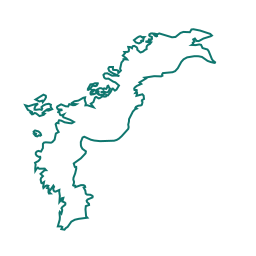 the border of Ostrobothnia, rotated 350°
{"feature_id": "FIN-3182", "entity_name": "Ostrobothnia", "entity_type": "Province", "adm_level": 1, "iso_a3": "FIN", "parent_name": "Finland", "parent_adm1": "", "projection": "natural_earth1", "projection_center": [22.043, 62.87], "detail": "fine", "context": "isolated", "style": "outline", "palette": "teal", "viewbox_px": 256, "rotation_deg": 350, "n_neighbors": 0, "source": "natural_earth", "source_scale": "10m", "svg_char_len": 5604}
<svg xmlns="http://www.w3.org/2000/svg" viewBox="0 0 256 256"><g transform="rotate(350 128 128)"><path d="M47.8,217.1L44.8,216.0L46.1,214.1L45.1,213.3L41.8,212.7L44.8,206.5L45.4,204.1L45.8,199.6L46.3,198.7L47.5,200.8L48.8,198.0L49.0,196.6L48.5,195.5L49.6,194.4L52.9,192.6L53.3,191.2L52.7,190.3L50.6,189.0L52.2,185.6L50.6,185.7L48.8,188.0L47.6,189.0L49.1,183.0L49.2,178.5L49.6,177.1L45.6,178.1L44.5,177.7L43.9,176.7L43.8,175.5L44.1,174.2L45.0,173.1L44.5,171.8L39.6,176.7L39.4,177.7L40.4,179.0L38.8,178.8L38.5,177.4L39.4,173.7L37.9,173.1L39.5,171.1L38.2,170.5L36.8,170.8L34.3,172.4L34.2,171.2L35.9,166.6L33.7,167.5L33.1,167.0L33.0,163.6L33.7,162.2L35.9,160.6L33.9,158.0L38.5,155.1L40.0,155.3L38.9,153.5L33.5,152.7L32.4,151.4L30.7,152.4L29.3,154.0L29.6,151.7L30.7,147.9L30.4,146.1L33.9,145.0L35.7,143.6L36.5,142.2L36.5,141.1L35.0,140.9L33.2,139.3L32.6,137.6L33.0,136.2L34.2,135.3L35.8,135.0L38.2,136.1L40.7,133.0L41.5,128.8L42.7,127.8L44.5,127.8L49.6,129.1L51.1,128.7L53.7,126.7L56.0,120.9L59.0,119.9L57.8,116.5L57.4,111.7L57.7,111.4L58.6,110.7L60.4,111.2L60.5,109.7L61.5,108.4L63.6,109.2L66.6,111.4L71.1,113.0L73.4,113.6L75.8,112.7L72.6,110.0L66.2,106.2L65.8,104.9L67.2,103.5L65.2,104.0L64.2,103.8L63.4,103.2L63.0,100.4L62.1,100.2L62.6,99.2L65.7,98.9L65.7,98.3L62.8,97.6L61.9,96.9L61.6,95.3L62.2,94.5L66.2,93.1L70.4,95.8L72.8,96.4L74.3,94.3L77.7,96.0L79.8,96.2L81.4,95.6L76.9,94.3L76.9,93.7L79.9,92.4L83.9,92.4L89.2,90.5L91.1,90.4L90.2,92.7L90.8,96.5L90.0,98.3L91.9,98.5L97.7,101.6L95.6,97.6L98.4,96.5L100.7,92.4L102.0,91.8L104.2,93.7L105.3,93.7L108.3,92.4L110.6,93.1L111.8,93.1L112.2,92.8L112.3,91.7L113.9,92.4L116.9,89.8L119.4,86.5L119.9,86.5L121.6,88.9L123.3,88.2L126.5,84.6L123.5,80.9L121.4,79.7L117.4,76.0L115.0,75.7L114.1,75.2L113.3,74.1L113.0,71.5L114.6,70.3L117.1,70.5L121.4,73.7L126.0,74.4L128.5,75.4L122.4,71.3L119.5,68.7L118.9,66.3L119.6,65.1L120.4,64.7L123.8,65.3L123.3,67.3L123.5,68.2L126.9,69.0L128.2,69.8L128.0,72.1L128.9,71.7L131.0,70.2L130.5,68.6L130.7,67.8L133.0,62.3L135.2,60.6L135.5,59.4L139.1,60.4L138.5,59.2L135.5,55.8L138.1,53.8L137.6,52.5L140.7,53.0L142.0,52.6L142.6,50.9L142.3,48.2L144.1,48.6L145.8,50.1L146.4,48.7L147.1,48.2L148.6,48.3L150.6,50.1L151.0,51.2L150.7,52.5L153.0,55.4L153.5,55.8L155.9,55.4L158.6,53.9L160.0,53.6L160.3,51.6L160.8,50.6L161.9,49.7L164.2,49.0L165.3,48.0L160.2,46.0L165.3,46.0L163.3,44.1L165.2,44.7L167.1,44.4L167.3,42.4L165.7,41.6L165.0,40.6L165.3,39.5L166.8,38.9L168.3,39.0L169.2,39.7L170.5,41.8L171.8,42.7L172.6,42.5L172.6,41.5L171.8,40.2L173.3,40.8L175.2,40.3L187.1,46.3L190.6,46.6L196.2,43.5L199.2,43.0L205.6,44.4L207.6,42.0L209.6,42.1L216.0,44.6L225.3,49.6L226.7,51.5L225.5,52.0L217.8,53.0L212.8,54.7L210.7,54.2L209.4,51.5L209.1,51.6L207.6,52.1L208.4,54.5L206.7,55.2L206.5,55.4L206.9,56.7L205.3,57.3L208.9,58.1L212.8,58.1L214.4,58.8L215.3,62.2L219.9,64.5L220.8,66.4L222.6,74.8L223.4,76.4L225.2,78.4L225.0,78.8L224.4,78.9L220.9,77.4L218.0,75.7L213.2,70.9L210.0,69.6L205.9,68.8L198.5,68.7L194.7,70.0L192.0,72.1L187.4,77.8L184.3,80.2L181.5,80.8L171.9,80.0L170.9,81.1L171.0,82.5L169.5,82.9L162.8,81.5L153.2,81.3L154.3,82.4L147.2,85.1L148.7,86.9L143.9,88.1L141.6,89.4L140.9,90.4L141.0,91.7L143.1,92.1L143.1,92.9L141.4,94.7L143.0,94.7L143.1,95.1L141.9,97.8L148.0,97.3L149.0,98.9L148.8,102.2L146.8,102.9L146.3,103.7L146.7,104.2L146.7,105.2L145.7,107.5L144.6,108.0L142.1,107.8L139.6,108.5L138.8,109.4L139.9,110.4L138.3,110.7L135.7,112.6L130.6,119.4L130.0,121.9L128.8,124.7L128.8,127.2L128.1,128.9L120.3,135.0L117.2,136.9L114.8,137.8L112.1,138.1L98.2,136.1L92.6,134.5L89.4,133.1L83.4,129.0L81.6,129.5L79.1,133.6L78.6,136.9L78.7,138.3L79.5,140.6L82.5,143.7L81.8,145.6L76.3,149.7L68.4,153.5L68.8,156.8L69.1,157.4L70.2,157.4L70.0,159.0L68.1,163.5L65.7,167.5L65.2,169.3L65.5,171.7L65.0,173.3L64.0,174.8L64.3,175.3L66.0,175.7L65.9,177.1L71.7,176.1L74.4,176.6L75.4,177.4L75.6,178.7L74.0,179.0L75.1,182.3L75.0,185.3L76.1,186.5L79.3,187.2L80.8,188.3L81.4,189.1L81.0,190.2L75.7,191.4L74.6,192.5L74.8,193.8L76.4,195.9L76.3,197.1L72.9,197.6L72.0,200.7L71.4,207.7L72.4,209.3L63.7,208.9L59.7,209.1L55.9,210.4L51.4,214.9L49.3,215.8L47.8,217.1ZM56.1,91.7L55.6,93.0L55.6,94.2L56.6,96.3L52.8,97.1L51.8,96.8L53.0,95.6L51.7,95.6L46.4,98.3L46.4,98.9L48.4,99.5L47.2,100.4L42.9,100.9L40.2,97.8L38.8,97.0L36.8,97.9L35.8,97.9L34.8,96.3L36.3,96.3L36.3,95.6L32.5,92.7L30.8,87.8L33.8,89.3L39.7,88.5L42.9,88.4L42.9,89.0L40.8,90.1L39.3,92.4L39.6,93.3L39.3,93.7L40.4,94.1L44.4,94.3L46.1,95.1L46.9,94.0L46.4,92.4L48.3,91.2L51.2,90.4L54.2,90.4L56.1,91.7ZM109.5,91.3L105.2,90.3L104.7,89.8L105.0,89.4L103.8,88.6L103.9,88.2L105.0,87.8L105.4,87.1L104.0,84.9L107.0,83.9L108.6,84.2L110.6,85.6L111.4,84.8L113.3,85.7L114.2,84.9L115.2,83.0L115.9,82.9L116.5,85.3L117.1,86.0L115.3,88.5L114.3,89.2L112.7,89.2L110.4,87.7L107.3,88.1L110.6,89.1L110.9,90.1L109.5,91.3ZM158.4,41.0L159.9,41.3L159.3,41.7L157.9,44.9L156.5,44.3L156.1,44.5L156.4,45.3L156.0,45.8L153.4,46.6L150.6,45.1L149.1,42.5L153.2,40.4L155.1,39.8L156.4,39.9L157.8,41.3L158.4,41.0ZM48.5,87.8L48.2,86.2L45.4,86.5L41.9,83.9L50.5,80.5L52.6,81.9L52.6,83.4L51.4,85.1L48.5,87.8ZM40.2,120.4L38.9,119.7L37.2,120.5L35.6,119.8L34.8,118.4L35.9,118.8L36.5,117.6L35.1,116.8L34.5,116.0L34.4,115.2L36.0,114.3L39.2,115.8L40.7,117.7L41.1,119.0L41.2,119.9L40.2,120.4ZM95.7,83.6L95.1,83.4L95.3,82.5L98.6,78.5L101.1,78.7L103.3,78.2L106.0,78.7L106.0,79.0L104.7,79.3L105.1,80.2L104.5,80.9L103.2,81.1L100.8,80.3L99.8,80.6L98.6,82.0L95.7,83.6ZM99.4,84.3L101.3,84.5L103.4,86.4L102.3,88.3L99.9,88.8L99.4,88.4L99.2,87.5L98.7,87.7L98.1,88.8L97.2,88.5L97.0,87.9L97.2,86.8L98.0,85.6L99.0,85.3L101.1,85.8L99.4,84.3Z" fill="none" stroke="#0f766e" stroke-width="2"/></g></svg>